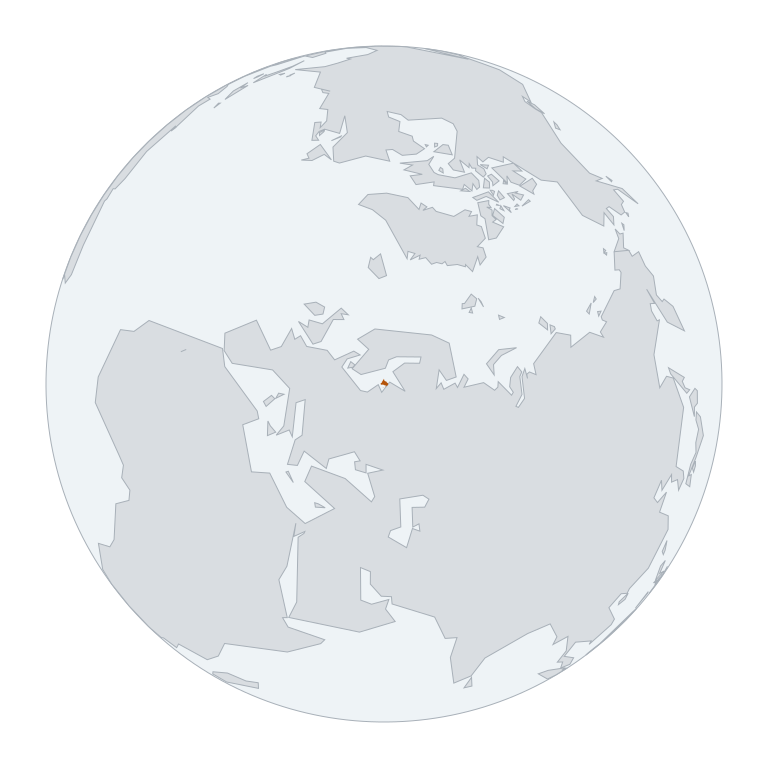 Saare highlighted on a globe, orthographic projection, rotated 50°
{"feature_id": "EST-2352", "entity_name": "Saare", "entity_type": "Municipality", "adm_level": 1, "iso_a3": "EST", "parent_name": "Estonia", "parent_adm1": "", "projection": "orthographic", "projection_center": [22.596, 58.233], "detail": "fine", "context": "on_globe", "style": "filled", "palette": "amber", "viewbox_px": 768, "rotation_deg": 50, "n_neighbors": 0, "source": "natural_earth", "source_scale": "10m", "svg_char_len": 12439}
<svg xmlns="http://www.w3.org/2000/svg" viewBox="0 0 768 768"><g transform="rotate(50 384 384)"><circle cx="384" cy="384" r="338" fill="#eef3f6" stroke="#a8b0b8"/><path d="M71.0,256.7L75.1,247.1L92.9,212.4L106.0,191.9L120.5,172.5L136.3,154.1L140.6,149.8L189.5,110.6L153.3,137.1L166.1,125.8L182.5,113.3L180.7,115.1L201.5,102.8L217.5,93.6L243.6,85.2L262.2,90.2L252.7,93.1L258.2,94.5L270.6,91.3L277.4,88.9L313.3,93.6L354.6,91.0L366.8,84.7L364.8,90.9L387.4,75.9L409.3,73.5L385.0,79.8L382.9,83.3L398.0,83.1L399.1,86.8L407.0,89.1L406.9,93.7L392.8,97.6L392.5,100.9L403.2,100.6L409.9,105.6L394.2,105.3L404.3,114.1L382.4,123.6L340.6,121.4L328.8,132.6L286.6,146.6L290.8,150.0L277.5,158.3L277.4,165.5L269.6,166.6L276.3,171.5L283.4,169.2L288.7,170.7L289.3,174.9L279.5,176.8L277.7,175.0L275.2,177.8L270.0,177.1L272.9,179.8L260.9,182.0L273.5,186.2L264.6,193.3L256.5,193.1L256.4,184.8L237.4,165.5L229.1,163.7L217.4,168.9L197.4,195.9L188.6,197.8L177.3,206.4L182.5,208.8L193.2,203.1L200.0,210.4L212.3,203.1L216.8,205.3L229.8,201.7L228.7,211.4L220.6,223.0L209.8,226.7L206.0,232.1L217.0,236.4L197.6,251.5L186.1,276.1L181.0,279.3L169.7,270.8L167.9,250.5L153.3,241.6L163.5,256.9L150.6,265.7L148.8,271.4L150.0,276.8L155.2,277.4L151.0,282.6L139.2,268.9L142.9,263.8L146.6,268.1L145.6,258.8L137.6,250.6L131.7,256.2L125.9,239.5L121.5,243.5L117.9,242.4L125.1,237.0L112.0,246.7L104.2,232.2L86.1,249.9L102.9,225.3L108.4,213.3L113.5,200.8L110.4,203.3L121.2,184.7L124.0,174.8L114.8,181.4L102.9,196.8L91.9,215.9L93.3,216.0L88.0,228.8L81.7,233.9L70.6,260.7L65.9,270.1L61.3,283.7L58.3,294.6L54.4,310.7L55.2,313.0L55.0,324.4L51.2,334.7L54.0,334.1L51.8,347.5L53.5,378.1L52.4,378.0L53.3,416.4L60.2,450.4L61.7,464.6L60.3,465.9L64.1,477.2L64.2,480.5L84.4,525.1L99.3,553.2L101.8,563.3L95.3,558.7L97.3,562.9L85.5,542.5L75.2,521.3L66.4,499.4L59.1,476.9L53.4,454.0L49.3,430.7L46.9,407.3L46.1,383.7L46.9,360.1L49.4,336.6L53.6,313.3L55.5,305.1L57.7,296.6L57.8,295.7L71.0,256.7ZM81.4,253.8L69.2,290.5L71.3,275.0L71.8,276.7L75.9,266.1L81.9,249.6L85.1,237.2L81.4,253.8ZM86.8,257.9L88.5,252.4L87.5,257.2L86.8,257.9ZM280.2,87.3L270.7,90.9L259.2,92.7L266.9,89.2L280.2,87.3ZM302.4,85.7L298.3,88.1L292.4,85.4L296.6,84.9L302.4,85.7ZM375.3,79.7L367.4,80.5L374.7,78.5L375.3,79.7ZM408.1,88.6L410.0,87.3L413.3,89.1L408.1,88.6ZM229.5,196.7L229.6,199.1L227.1,198.5L229.5,196.7ZM235.0,192.9L232.0,190.5L234.2,188.3L236.0,189.9L235.0,192.9ZM416.2,97.9L420.9,101.4L413.7,98.5L416.2,97.9ZM238.1,196.5L238.5,184.9L242.4,181.3L252.3,184.4L238.1,196.5ZM422.1,103.9L433.7,112.9L438.9,110.6L430.6,122.7L423.5,110.7L413.8,107.3L420.7,106.9L422.1,103.9ZM285.4,166.7L277.8,169.3L283.6,163.3L285.4,166.7ZM287.8,162.5L298.0,142.9L309.5,141.5L303.7,148.2L318.2,143.6L318.8,152.5L311.0,157.0L303.5,156.1L309.5,160.3L287.8,162.5ZM424.2,128.3L424.9,131.2L421.4,128.9L424.2,128.3ZM291.3,170.9L292.3,166.9L302.4,165.3L302.1,173.1L299.0,171.0L291.3,170.9ZM321.7,138.2L329.1,138.7L331.6,145.9L334.9,147.1L319.8,152.6L321.7,138.2ZM297.0,173.5L301.8,177.1L297.6,181.8L291.0,174.7L297.0,173.5ZM305.1,161.7L309.8,161.4L307.1,164.0L305.1,161.7ZM285.4,201.0L286.4,195.8L291.7,194.5L285.4,201.0ZM303.8,178.1L305.3,176.5L307.5,175.5L309.7,178.8L303.8,178.1ZM322.7,157.5L322.2,160.6L328.9,155.6L331.1,161.1L320.7,163.9L326.1,165.0L326.8,166.7L317.5,167.1L322.7,157.5ZM318.5,179.3L306.0,185.2L303.0,194.8L298.2,196.1L303.9,180.5L318.5,179.3ZM318.7,172.0L317.5,176.8L312.2,175.9L309.7,172.1L318.7,172.0ZM336.4,164.0L335.7,154.8L338.0,154.5L336.4,164.0ZM318.7,182.2L321.7,180.7L319.1,182.9L318.7,182.2ZM332.1,169.7L331.6,166.4L334.2,166.1L332.1,169.7ZM328.2,180.7L324.2,182.5L322.4,179.9L328.2,180.7ZM330.9,175.8L334.6,176.3L324.1,177.9L330.2,174.3L330.9,175.8ZM334.7,170.0L336.1,168.8L334.6,171.4L334.7,170.0ZM337.5,189.7L324.7,192.4L320.7,186.5L333.6,184.7L337.5,189.7ZM362.1,721.2L345.3,718.7L322.5,705.2L332.5,698.7L329.7,690.8L303.4,666.4L309.2,654.2L302.0,646.9L287.2,645.2L278.7,635.8L269.6,633.1L212.6,617.1L194.9,598.4L173.0,550.9L183.0,541.7L184.3,523.2L253.0,484.9L268.3,494.8L323.2,498.5L330.1,502.3L324.4,518.4L366.1,542.0L378.8,528.8L415.9,537.8L440.2,534.1L447.6,501.9L407.8,507.4L400.3,492.3L431.5,474.5L466.2,469.4L464.3,463.5L441.9,453.9L449.2,440.2L434.0,449.4L440.6,454.9L431.3,461.0L424.7,456.5L427.5,451.7L416.9,450.2L406.0,474.4L411.6,482.5L384.1,488.3L390.7,502.7L383.5,509.6L369.7,488.0L370.6,479.7L345.3,454.4L341.8,463.4L365.5,488.2L358.3,486.2L353.9,499.5L351.7,487.7L326.8,459.1L301.6,460.3L270.6,487.0L255.7,485.0L242.8,473.2L253.1,440.7L285.2,449.1L289.3,438.6L282.1,419.1L292.4,423.6L293.4,416.9L305.5,419.1L321.7,405.9L333.8,406.3L339.4,386.0L346.4,383.6L341.1,396.1L343.9,405.4L373.9,406.2L379.5,401.9L380.8,388.8L388.9,391.1L386.2,378.4L403.2,372.5L380.3,369.3L381.2,354.8L391.0,343.4L387.1,338.3L371.2,356.9L368.5,365.0L372.8,372.8L362.0,395.5L351.8,398.6L347.6,373.4L332.7,375.4L336.0,355.6L377.1,316.0L394.6,307.8L425.0,324.2L421.4,333.9L408.6,332.7L421.1,346.9L419.8,339.5L426.5,341.6L429.0,329.0L433.9,329.9L428.0,316.5L434.2,316.3L437.9,324.8L447.0,306.8L459.9,303.3L459.6,298.8L455.6,295.0L474.6,293.5L473.5,290.3L466.9,289.5L460.4,282.8L456.5,270.6L463.3,270.7L465.6,275.2L480.7,285.0L485.9,297.3L488.3,296.1L485.4,285.6L467.0,273.5L462.7,266.2L472.0,270.5L468.3,268.3L468.3,264.8L474.6,261.5L464.6,256.3L455.3,219.0L466.6,209.6L476.0,217.2L476.6,193.2L489.3,185.7L483.2,184.8L479.4,173.5L475.3,175.6L472.1,174.4L460.4,147.7L462.9,142.0L450.9,130.7L447.7,130.4L445.2,133.9L430.6,122.7L438.9,110.6L445.7,111.8L446.3,103.9L461.6,108.0L474.5,108.2L490.9,118.1L499.7,117.9L498.9,114.9L510.3,112.7L536.4,119.7L518.7,127.2L480.2,121.9L496.2,124.9L493.6,128.4L500.0,132.1L511.2,134.2L511.9,131.8L535.1,158.4L564.2,175.2L559.7,162.6L565.4,158.6L594.5,169.5L635.0,213.3L643.0,210.7L649.1,215.0L654.7,226.6L645.9,220.6L644.0,226.8L638.2,221.9L644.1,239.4L636.1,233.3L644.7,250.4L650.6,250.7L648.4,237.1L659.3,255.3L667.7,251.0L678.0,259.9L695.0,299.9L698.5,327.5L700.6,332.3L697.1,337.1L699.9,355.5L712.2,358.6L714.4,364.7L715.3,394.2L714.0,390.4L704.9,403.2L708.5,421.0L715.6,414.7L718.2,421.8L715.1,431.2L711.8,425.8L708.5,430.0L705.6,416.0L695.6,405.3L692.2,422.0L688.8,414.0L674.6,410.9L667.5,434.4L658.8,482.8L663.6,504.9L658.0,522.8L636.2,509.0L625.2,491.1L618.2,500.7L595.1,495.0L557.7,519.2L551.7,515.0L544.8,522.5L528.5,523.1L519.0,515.0L509.5,520.0L534.6,540.7L544.7,535.1L552.2,518.8L557.4,527.5L573.1,528.1L558.3,562.3L501.6,607.0L494.9,591.0L446.2,548.3L447.0,541.4L446.8,540.7L446.1,539.4L442.8,551.0L434.0,541.0L461.2,575.5L466.3,590.3L500.8,608.3L497.8,611.9L508.6,613.7L541.8,593.8L542.2,599.4L527.2,630.3L480.3,672.9L485.9,685.8L481.6,696.6L451.1,708.5L452.7,712.3L436.8,716.1L435.0,717.6L421.6,719.8L418.1,720.2L390.1,721.9L362.1,721.2ZM230.4,513.3L228.7,518.9L230.4,513.3ZM503.9,479.1L523.9,471.9L513.0,455.1L519.8,451.1L513.6,447.1L512.1,453.9L496.6,441.8L504.5,432.0L501.1,423.6L494.2,425.7L482.2,445.8L504.3,463.0L500.5,473.2L503.9,479.1ZM53.7,378.9L53.4,384.6L52.8,379.7L53.7,378.9ZM69.1,276.6L67.7,282.9L66.2,287.6L66.8,283.3L69.1,276.6ZM63.6,328.9L63.2,337.0L62.5,330.2L63.6,328.9ZM67.9,296.2L63.8,322.9L62.7,311.1L65.7,294.5L65.0,303.7L67.9,296.2ZM82.3,260.1L80.9,264.6L79.7,265.1L82.3,260.1ZM86.0,261.5L86.2,260.2L87.9,257.0L86.0,261.5ZM151.3,266.5L152.1,267.7L152.2,273.7L149.9,271.9L151.3,266.5ZM166.5,295.5L159.3,303.4L162.8,296.3L158.1,295.0L159.6,278.8L178.5,280.2L169.7,282.2L166.5,295.5ZM166.9,258.2L163.8,267.9L166.5,257.3L166.9,258.2ZM286.9,380.0L291.2,385.8L286.9,392.9L271.5,393.8L277.6,383.5L286.9,380.0ZM298.3,392.5L298.4,368.0L308.0,366.9L302.6,371.6L308.9,373.3L302.0,381.4L311.0,404.9L307.8,412.8L281.1,409.3L291.6,405.9L286.8,400.2L298.3,392.5ZM281.9,312.3L282.1,303.0L302.6,312.4L300.0,320.1L284.6,321.2L278.4,312.8L281.9,312.3ZM255.6,204.7L254.3,201.5L257.1,200.8L260.4,203.0L255.6,204.7ZM285.4,198.7L263.9,218.5L261.4,215.7L251.8,231.3L241.4,230.1L248.0,219.9L232.8,231.1L234.6,221.4L225.0,229.9L240.7,207.3L241.6,199.5L244.5,208.5L254.1,209.7L258.5,207.9L271.7,197.1L278.4,181.4L289.0,180.6L294.6,184.2L294.6,187.8L287.7,187.1L292.6,192.5L282.7,194.3L285.4,198.7ZM354.6,233.9L346.7,230.4L354.8,243.9L344.9,244.8L346.5,246.3L339.6,251.0L334.0,259.4L329.4,258.5L329.2,262.3L324.7,265.6L322.8,270.6L314.0,270.8L311.0,276.9L308.5,273.5L305.8,284.2L303.9,276.4L297.8,280.4L302.9,285.8L259.6,277.4L243.0,280.8L230.1,288.1L228.5,274.5L239.5,259.3L256.6,245.9L272.8,245.0L269.2,239.3L275.9,237.3L276.0,242.6L279.8,233.3L285.3,233.1L300.5,222.8L302.6,210.0L308.2,206.1L310.2,211.1L314.4,203.8L321.8,210.7L326.0,208.2L337.5,212.7L338.8,224.2L343.4,220.6L352.4,224.2L354.6,233.9ZM340.5,191.3L344.4,204.1L340.8,211.1L322.3,200.4L317.4,201.7L305.4,195.6L310.8,185.8L313.7,188.3L317.8,188.6L314.5,191.6L320.2,189.4L324.5,193.0L330.1,192.4L329.8,196.7L340.5,191.3ZM337.7,496.7L343.0,498.0L351.3,497.9L348.6,506.5L337.7,496.7ZM320.4,477.5L325.1,477.1L325.4,488.7L319.9,487.6L320.4,477.5ZM327.6,467.2L325.4,476.1L323.3,470.6L327.6,467.2ZM345.5,395.1L350.6,394.0L351.2,397.0L348.5,401.5L345.5,395.1ZM376.6,276.0L372.7,272.4L374.1,270.6L371.2,259.4L378.3,258.2L382.8,264.4L376.6,276.0ZM441.0,508.6L434.2,515.7L430.4,513.4L433.5,511.4L441.0,508.6ZM389.3,513.4L401.2,516.8L388.4,515.7L389.3,513.4ZM383.9,272.8L381.9,268.3L386.6,270.5L383.9,272.8ZM383.3,256.7L388.9,258.2L378.8,256.7L383.3,256.7ZM536.5,675.8L511.1,696.1L496.0,701.5L494.5,700.0L504.8,689.7L522.8,680.6L532.0,672.4L536.5,675.8ZM717.3,439.6L715.1,448.4L705.2,452.1L708.9,442.3L718.0,427.4L717.6,431.9L719.3,425.9L718.8,429.5L717.3,439.6ZM721.4,403.6L721.2,401.0L721.3,392.5L721.6,385.4L718.4,340.0L718.2,334.4L720.2,350.4L721.8,376.9L721.4,403.6ZM665.0,505.5L671.9,510.8L668.2,518.0L665.0,505.5ZM713.7,316.5L717.3,335.4L712.9,315.0L713.7,316.5ZM709.0,301.0L710.5,304.1L709.6,305.0L709.0,301.0ZM703.9,337.7L703.7,346.2L702.0,343.8L701.2,331.4L703.9,337.7ZM685.8,267.8L692.1,275.6L694.2,279.7L691.1,278.5L685.8,267.8ZM441.4,259.1L437.6,275.7L439.5,287.6L447.9,293.8L434.4,292.5L431.4,274.1L441.4,259.1ZM452.9,223.7L445.4,218.8L449.6,216.6L451.9,217.4L452.9,223.7ZM447.7,223.9L436.8,226.2L433.2,220.7L442.6,219.9L447.7,223.9ZM410.4,249.1L408.8,254.0L404.9,252.0L410.4,249.1ZM712.5,304.7L712.6,305.4L714.8,315.5L708.7,291.0L709.2,292.2L712.5,304.7ZM710.0,296.4L712.2,305.9L708.8,293.2L710.0,296.4ZM711.9,305.6L710.3,302.0L709.5,296.9L711.9,305.6ZM709.1,292.9L705.9,284.1L706.9,285.6L709.1,292.9ZM706.3,294.6L707.3,289.6L708.9,302.4L701.2,289.1L700.0,281.9L706.3,294.6ZM650.5,203.5L646.5,201.7L643.2,194.9L646.9,198.1L650.5,203.5ZM628.8,172.5L641.0,192.5L650.2,209.6L650.9,206.8L659.2,215.8L654.4,216.9L642.7,200.7L637.0,189.0L629.3,182.8L620.9,172.1L612.1,168.2L606.3,162.6L612.5,162.7L628.8,172.5ZM608.5,167.2L590.2,158.3L587.2,148.6L590.5,148.3L600.2,156.3L601.2,161.0L608.5,167.2ZM584.9,153.5L585.7,158.0L560.5,157.9L554.4,155.6L572.0,149.7L573.7,153.8L580.4,155.8L584.9,153.5ZM428.3,130.6L425.2,131.2L426.6,128.9L428.3,130.6ZM470.0,175.9L465.8,173.8L467.7,170.9L470.0,175.9ZM455.3,166.8L456.1,171.4L452.4,166.4L455.3,166.8ZM458.4,182.0L455.1,173.2L462.3,181.8L458.4,182.0Z" fill="#d9dde1" stroke="#a8b0b8" stroke-width="1"/><path d="M386.0,382.4L386.1,382.5L386.3,382.7L386.3,382.8L386.1,382.6L386.1,382.8L385.9,382.7L385.7,382.5L385.7,382.8L385.5,383.0L385.4,383.1L385.2,383.1L385.0,383.5L384.9,383.6L384.7,383.7L384.7,383.8L384.4,383.8L384.5,383.9L384.4,384.0L384.2,384.1L384.2,383.9L383.9,384.0L383.9,383.9L383.8,384.0L383.7,384.0L383.7,383.9L383.6,384.0L383.4,384.1L383.2,384.1L383.0,384.3L383.0,384.6L382.9,384.8L382.9,385.1L382.8,385.3L382.7,385.5L382.3,385.9L382.2,385.9L382.1,385.7L382.2,385.4L382.2,385.2L382.3,385.1L382.4,384.9L382.5,384.9L382.6,384.7L382.8,384.5L382.7,384.4L382.4,384.3L382.2,384.0L382.1,383.9L381.9,383.9L381.7,383.8L381.7,383.7L381.9,383.6L381.8,383.4L382.0,383.5L382.0,383.4L382.2,383.2L382.0,382.8L381.9,382.7L381.7,382.5L381.6,382.3L381.8,382.4L382.1,382.3L382.4,382.7L382.4,382.8L382.5,382.9L382.4,382.7L382.5,382.6L382.5,382.4L382.7,382.2L382.8,382.1L382.9,382.3L383.0,382.4L383.0,382.1L383.2,381.9L383.6,381.9L383.9,381.7L384.0,381.6L384.1,381.8L384.3,381.8L384.5,381.9L384.6,381.7L384.8,381.8L384.9,381.7L385.0,381.7L385.1,381.8L385.4,381.9L385.5,382.0L385.7,382.3L385.8,382.4L386.0,382.4ZM386.4,381.9L386.5,382.0L386.4,382.1L386.2,382.1L385.9,382.2L385.7,381.9L385.4,381.8L385.4,381.7L385.5,381.7L385.7,381.4L385.8,381.3L386.1,381.4L386.3,381.5L386.3,381.8L386.4,381.9ZM386.1,386.5L386.0,386.4L386.1,386.5Z" fill="#f59e0b" stroke="#b45309" stroke-width="1.5"/></g></svg>